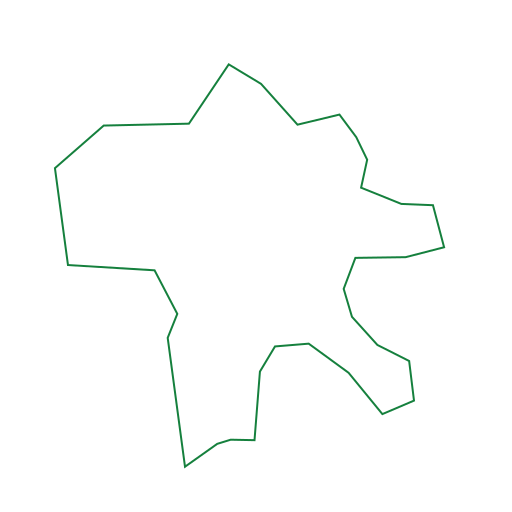 SVG path tracing the border of Szeged, rotated 349°
{"feature_id": "HUN-4916", "entity_name": "Szeged", "entity_type": "Urban county", "adm_level": 1, "iso_a3": "HUN", "parent_name": "Hungary", "parent_adm1": "", "projection": "equal_earth", "projection_center": [20.159, 46.25], "detail": "fine", "context": "isolated", "style": "outline", "palette": "green", "viewbox_px": 512, "rotation_deg": 349, "n_neighbors": 0, "source": "natural_earth", "source_scale": "10m", "svg_char_len": 569}
<svg xmlns="http://www.w3.org/2000/svg" viewBox="0 0 512 512"><g transform="rotate(349 256 256)"><path d="M219.4,436.5L196.1,431.5L182.1,433.0L146.1,449.3L153.7,319.5L167.7,297.8L153.7,250.7L69.7,229.0L75.4,131.4L131.4,98.9L215.4,113.3L265.8,62.7L293.8,88.0L321.8,135.0L364.9,133.1L377.1,158.5L383.5,182.7L372.2,209.0L408.6,232.6L439.4,239.9L442.3,283.3L402.7,285.7L353.2,276.8L335.8,305.0L338.6,334.0L358.2,366.5L386.3,388.3L383.5,428.1L349.9,435.3L324.6,388.3L291.0,352.1L257.4,348.4L237.8,370.2L219.4,436.5Z" fill="none" stroke="#15803d" stroke-width="2"/></g></svg>